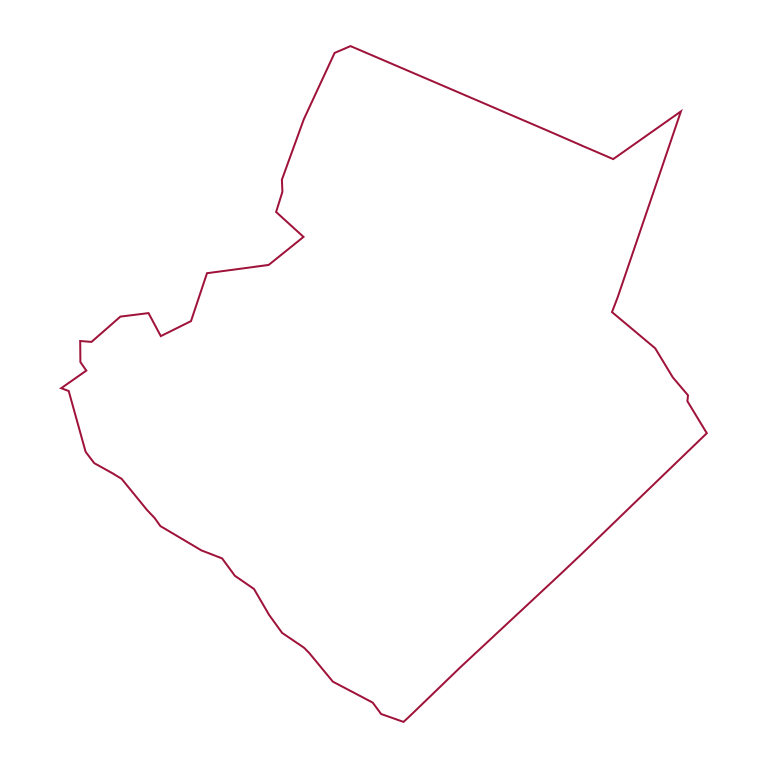 Gwinnett, Georgia, United States of America (Albers equal-area conic projection)
{"feature_id": "52423323B79276741434448", "entity_name": "Gwinnett", "entity_type": "district", "adm_level": 2, "iso_a3": "USA", "parent_name": "United States of America", "parent_adm1": "Georgia", "projection": "albers", "projection_center": [-84.077, 33.96], "detail": "fine", "context": "isolated", "style": "outline", "palette": "rose", "viewbox_px": 768, "rotation_deg": 0, "n_neighbors": 0, "source": "geoboundaries", "source_scale": "gbopen_adm2", "svg_char_len": 835}
<svg xmlns="http://www.w3.org/2000/svg" viewBox="0 0 768 768"><path d="M303.5,236.9L268.7,264.9L207.0,273.2L191.0,321.1L160.8,336.1L148.5,313.1L120.4,316.6L91.5,341.9L80.2,341.0L80.4,362.1L86.3,370.6L61.2,388.2L68.7,391.0L85.5,451.4L86.4,452.9L94.3,463.2L114.1,474.2L115.0,474.9L121.6,478.8L147.1,510.1L154.7,518.1L160.4,526.1L201.4,550.4L222.1,558.4L234.9,575.8L254.0,589.0L269.1,614.9L282.1,632.9L304.0,647.7L309.3,653.1L332.9,681.7L372.7,702.6L381.1,714.0L403.5,721.9L410.2,715.7L459.9,667.7L559.3,575.1L580.7,554.9L612.6,524.1L631.4,505.9L706.8,433.2L687.4,401.2L688.0,395.3L672.8,377.4L655.2,348.3L612.0,312.1L617.7,297.2L660.4,171.8L680.9,111.4L613.2,159.1L583.4,146.3L550.4,131.9L470.6,97.6L350.5,46.1L334.6,52.9L303.8,119.3L281.9,179.7L282.4,191.9L276.1,212.0L303.5,236.9Z" fill="none" stroke="#9f1239" stroke-width="2"/></svg>